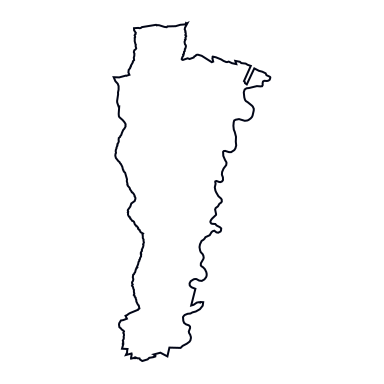 Fartatesti, Vâlcea, Romania (Equal Earth projection)
{"feature_id": "2599482B62213084984165", "entity_name": "Fartatesti", "entity_type": "district", "adm_level": 2, "iso_a3": "ROU", "parent_name": "Romania", "parent_adm1": "Vâlcea", "projection": "equal_earth", "projection_center": [23.968, 44.774], "detail": "fine", "context": "isolated", "style": "outline", "palette": "ink", "viewbox_px": 384, "rotation_deg": 0, "n_neighbors": 0, "source": "geoboundaries", "source_scale": "gbopen_adm2", "svg_char_len": 5978}
<svg xmlns="http://www.w3.org/2000/svg" viewBox="0 0 384 384"><path d="M142.2,361.0L147.6,359.4L149.3,357.8L153.2,357.2L155.3,356.5L155.4,356.0L154.7,355.9L155.1,355.6L154.9,354.8L154.0,354.4L160.4,352.7L167.4,356.4L169.4,347.6L180.6,347.9L182.6,345.9L186.8,343.7L189.5,341.7L190.4,340.3L190.9,338.1L190.9,337.1L190.2,334.8L189.1,333.0L188.8,331.5L190.1,328.0L190.0,326.5L188.8,325.3L186.1,324.4L184.1,322.9L183.3,320.8L183.0,317.1L183.8,315.9L184.7,315.0L187.6,313.8L190.5,313.5L192.4,312.4L195.8,311.5L199.9,309.2L202.7,305.7L203.2,302.2L200.4,302.0L200.1,302.6L199.0,302.2L196.8,302.6L193.6,304.8L191.2,305.5L195.4,288.8L191.8,287.4L190.4,286.3L189.7,285.2L189.6,283.3L190.7,281.2L193.7,279.3L195.1,279.0L196.5,279.1L199.2,280.6L201.8,280.9L204.4,279.4L206.1,277.2L206.6,275.8L206.7,274.0L206.3,272.1L204.9,269.2L203.1,267.3L201.4,266.2L200.8,265.3L200.9,263.2L203.3,259.1L203.7,257.8L203.4,255.8L202.7,254.2L200.8,252.2L200.1,250.5L199.5,247.1L200.0,244.3L201.6,240.9L203.4,239.8L204.6,238.6L205.4,237.2L209.7,235.2L211.5,232.2L212.7,231.2L214.3,230.7L216.5,232.4L218.2,232.7L220.5,231.5L221.0,230.5L221.2,228.4L219.9,227.2L216.6,225.5L215.3,224.0L212.2,223.8L211.3,223.5L210.5,222.4L210.4,221.4L211.1,219.9L212.1,218.6L216.0,214.9L216.1,214.2L215.1,209.5L215.7,208.0L217.9,206.4L219.4,203.8L221.1,202.6L221.8,201.6L221.7,199.6L221.1,198.6L218.4,196.2L216.2,192.4L215.4,190.6L214.8,187.3L215.6,183.8L215.2,181.8L215.4,181.3L216.5,181.0L219.2,182.0L220.6,182.1L222.2,181.3L223.0,180.0L222.9,177.3L221.9,174.7L222.1,172.0L223.6,168.5L226.2,165.1L226.5,163.0L226.4,162.3L225.0,159.9L223.3,155.9L223.1,151.9L223.7,151.1L225.1,150.9L228.9,152.1L231.2,152.1L234.3,150.1L235.4,148.4L236.2,145.4L235.8,141.7L236.0,136.8L234.8,132.1L233.8,129.6L233.4,125.8L233.7,122.3L234.2,120.5L235.7,119.7L239.0,119.1L244.8,120.8L247.3,120.5L248.5,120.0L250.7,118.4L252.0,116.9L252.6,115.5L253.7,110.7L253.8,108.8L252.8,106.6L252.0,105.7L247.7,102.2L245.9,101.1L245.0,99.8L244.3,97.4L243.8,92.5L244.0,91.5L244.7,89.5L246.5,88.3L249.1,88.0L256.9,86.1L260.5,86.4L262.1,86.2L262.7,85.0L262.6,83.2L263.0,81.5L264.3,80.8L267.0,81.0L268.5,80.6L269.7,79.7L270.2,78.2L270.3,77.3L269.9,76.8L266.5,75.2L265.6,73.3L262.3,71.7L258.9,70.8L254.3,68.4L246.8,84.4L245.0,83.1L244.6,81.6L244.0,81.1L250.8,65.9L247.6,64.8L245.7,63.6L241.3,63.1L239.9,61.8L235.3,60.9L236.3,64.1L232.0,63.2L228.7,61.6L227.1,62.1L226.1,62.0L223.5,60.9L221.1,59.4L215.9,57.3L212.8,56.6L212.5,57.0L212.7,57.9L212.4,58.4L213.2,61.6L211.8,62.2L201.7,55.8L197.9,54.7L196.4,54.9L195.4,56.0L194.4,56.4L193.7,57.5L189.6,59.0L187.6,58.3L183.0,59.9L182.4,59.9L181.7,59.1L182.3,57.2L183.4,55.6L183.1,54.5L183.9,53.9L184.0,51.9L184.7,51.2L184.9,49.0L185.3,48.7L185.9,46.6L185.8,45.3L185.0,44.3L184.6,42.4L184.6,41.5L185.2,40.2L185.0,39.7L185.7,39.1L185.4,37.7L186.2,36.1L185.3,35.0L185.8,34.3L185.7,32.8L185.3,32.2L185.5,31.3L185.2,31.0L185.2,30.4L184.7,29.3L185.0,27.7L187.4,23.2L186.8,23.5L186.0,23.0L185.5,24.2L185.1,24.4L180.3,24.8L175.6,26.2L167.5,26.4L166.7,27.2L164.4,26.9L159.3,25.3L157.6,25.1L156.8,25.4L156.2,24.9L155.6,24.9L142.0,27.1L140.7,28.0L139.7,28.2L138.2,27.9L134.0,28.2L134.1,30.3L135.8,32.9L135.5,33.3L135.5,34.2L135.0,34.5L134.6,35.4L135.1,36.4L135.1,37.3L134.6,38.0L134.8,38.6L134.7,41.1L135.4,44.0L135.8,44.6L135.6,46.1L136.2,48.4L135.6,49.3L134.3,50.3L133.9,51.7L133.9,52.5L134.4,53.5L134.3,55.9L133.8,57.6L134.1,60.1L132.9,61.3L132.8,62.4L130.9,65.7L130.9,66.6L130.2,67.3L130.1,68.2L128.7,69.9L128.4,72.4L129.4,74.8L126.3,75.8L125.9,75.6L119.2,77.4L113.7,77.2L115.4,81.2L117.7,83.7L118.6,86.1L118.6,89.6L118.0,92.5L118.1,94.3L117.1,101.0L117.2,102.5L118.6,106.6L119.2,106.5L118.7,113.9L118.9,116.2L119.4,117.2L122.6,120.0L124.3,122.0L125.4,123.7L125.6,124.6L125.4,125.1L125.6,126.0L125.5,126.6L124.4,128.6L123.2,130.0L122.0,132.7L121.2,135.1L120.3,136.1L120.1,136.9L118.8,138.0L118.6,140.0L118.8,141.2L118.4,142.6L117.4,144.1L117.6,144.8L117.2,145.3L117.3,145.9L116.5,147.5L116.5,148.4L115.9,149.7L115.7,151.2L116.0,152.9L115.5,153.9L115.3,155.7L115.9,158.0L118.5,161.3L119.4,161.9L120.2,163.4L120.8,163.9L122.3,166.8L123.0,169.8L123.4,170.1L123.8,171.5L125.1,172.7L127.0,179.3L126.8,181.1L127.5,184.0L127.3,184.7L127.7,185.1L127.8,185.8L129.4,187.6L129.9,188.5L129.9,189.1L131.6,191.6L131.8,192.3L132.5,192.5L133.7,193.9L134.6,195.6L134.6,196.5L135.0,196.9L135.4,197.9L135.4,198.8L134.7,201.0L131.3,203.5L130.3,206.6L127.9,209.9L127.8,210.6L128.2,211.5L127.8,212.3L128.1,212.6L128.0,214.7L128.9,216.6L129.6,216.8L130.0,217.9L130.3,218.1L130.3,218.6L131.3,219.5L132.1,220.8L133.3,221.2L134.0,221.9L134.9,224.5L136.1,225.6L136.3,226.2L136.8,226.2L138.0,227.6L138.2,228.0L138.0,228.7L139.6,230.0L139.5,230.4L140.2,231.2L140.6,232.2L143.1,233.6L142.5,234.5L142.8,235.9L142.8,238.0L143.6,239.7L143.5,240.7L143.9,242.6L143.1,244.3L143.5,244.9L143.1,246.9L141.8,249.8L142.0,250.9L141.5,251.4L140.8,252.9L141.1,253.5L140.8,254.0L141.2,254.5L141.0,255.3L141.1,256.2L140.1,258.0L139.9,259.2L139.3,259.8L139.4,260.7L138.6,261.8L138.1,264.2L137.0,266.9L137.3,267.4L136.4,268.1L136.5,268.5L135.9,269.2L135.1,272.3L134.4,273.1L134.1,274.0L133.2,274.7L132.8,277.2L133.3,279.2L133.0,280.8L132.2,282.0L132.0,282.8L132.3,284.1L132.7,284.4L132.0,285.7L133.0,287.0L133.4,288.9L133.9,289.7L133.9,292.0L134.3,293.5L133.8,295.0L134.5,295.5L134.7,296.7L135.6,297.6L135.7,298.7L136.2,299.7L136.4,301.6L137.9,304.7L138.7,305.4L139.4,308.5L138.0,309.5L138.0,309.8L130.2,313.0L128.4,314.0L127.4,314.9L125.5,315.8L126.9,318.7L123.2,320.1L120.9,320.5L119.2,323.3L119.0,324.7L119.4,327.2L121.1,328.6L121.6,329.4L123.6,330.8L124.0,331.5L123.3,332.9L123.9,334.0L124.0,335.3L123.6,336.9L123.8,337.5L123.7,338.9L122.8,340.6L123.3,342.1L122.9,343.1L123.3,343.8L122.8,344.2L123.1,344.8L122.0,348.7L127.5,349.0L127.1,351.0L127.1,352.5L125.9,355.0L131.5,353.5L131.7,354.3L131.0,358.1L131.1,358.6L134.6,357.8L134.6,358.1L135.0,358.1L134.9,357.4L135.2,357.3L137.5,358.3L139.5,358.4L140.0,359.5L142.2,361.0Z" fill="none" stroke="#020617" stroke-width="2"/></svg>